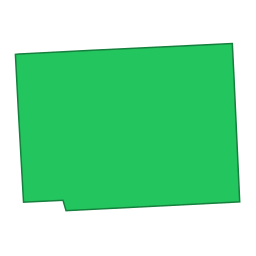 Day, South Dakota, United States of America, rotated 177°
{"feature_id": "52423323B43652736697030", "entity_name": "Day", "entity_type": "district", "adm_level": 2, "iso_a3": "USA", "parent_name": "United States of America", "parent_adm1": "South Dakota", "projection": "natural_earth1", "projection_center": [-97.508, 45.37], "detail": "fine", "context": "isolated", "style": "filled", "palette": "green", "viewbox_px": 256, "rotation_deg": 177, "n_neighbors": 0, "source": "geoboundaries", "source_scale": "gbopen_adm2", "svg_char_len": 296}
<svg xmlns="http://www.w3.org/2000/svg" viewBox="0 0 256 256"><g transform="rotate(177 128 128)"><path d="M159.6,207.5L232.7,207.6L236.6,207.4L236.6,154.3L236.2,59.4L196.7,59.2L194.2,48.7L20.3,48.4L19.5,175.1L19.4,206.9L159.6,207.5Z" fill="#22c55e" stroke="#15803d" stroke-width="1.5"/></g></svg>